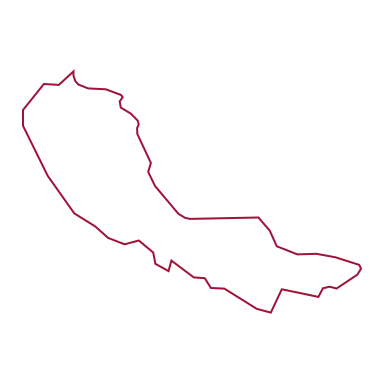 the district of Middlesex, Virginia, United States of America
{"feature_id": "52423323B72880351816690", "entity_name": "Middlesex", "entity_type": "district", "adm_level": 2, "iso_a3": "USA", "parent_name": "United States of America", "parent_adm1": "Virginia", "projection": "natural_earth1", "projection_center": [-76.544, 37.64], "detail": "fine", "context": "isolated", "style": "outline", "palette": "rose", "viewbox_px": 384, "rotation_deg": 0, "n_neighbors": 0, "source": "geoboundaries", "source_scale": "gbopen_adm2", "svg_char_len": 776}
<svg xmlns="http://www.w3.org/2000/svg" viewBox="0 0 384 384"><path d="M95.3,226.5L108.1,237.9L124.5,244.3L138.8,240.5L153.2,252.5L155.4,263.8L168.5,271.1L171.4,260.6L193.8,277.4L204.8,278.2L210.9,288.0L224.3,288.6L256.8,308.9L270.8,312.6L281.8,289.3L318.4,296.9L322.9,288.3L329.6,286.7L336.6,288.5L357.4,274.6L361.0,268.7L359.3,264.9L335.1,257.2L316.3,253.8L297.4,254.4L276.8,246.3L269.7,230.6L258.4,217.5L190.0,218.9L185.0,217.8L178.4,213.8L155.0,186.0L148.2,171.9L150.9,163.0L137.3,133.9L137.1,128.1L138.7,124.5L137.7,120.6L130.8,113.6L120.8,107.6L119.7,101.3L122.7,97.3L121.0,95.0L105.9,89.3L88.1,88.4L78.3,84.5L75.4,81.2L73.5,75.8L73.5,71.4L58.8,84.9L43.9,84.0L23.0,110.0L23.0,125.8L47.7,175.8L74.3,213.4L95.3,226.5Z" fill="none" stroke="#9f1239" stroke-width="2"/></svg>